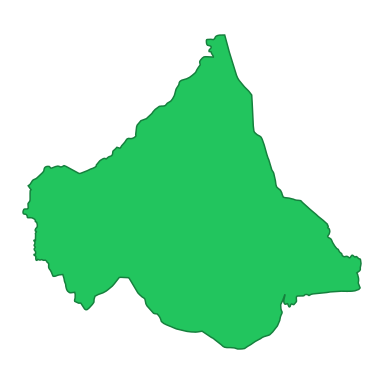 the district of Da Huoai, Lâm Đồng, Vietnam
{"feature_id": "81297802B42288402015377", "entity_name": "Da Huoai", "entity_type": "district", "adm_level": 2, "iso_a3": "VNM", "parent_name": "Vietnam", "parent_adm1": "Lâm Đồng", "projection": "natural_earth1", "projection_center": [107.624, 11.452], "detail": "fine", "context": "isolated", "style": "filled", "palette": "green", "viewbox_px": 384, "rotation_deg": 0, "n_neighbors": 0, "source": "geoboundaries", "source_scale": "gbopen_adm2", "svg_char_len": 5877}
<svg xmlns="http://www.w3.org/2000/svg" viewBox="0 0 384 384"><path d="M302.4,202.4L300.8,200.7L299.1,200.4L296.6,200.2L295.2,199.9L293.4,199.2L289.0,198.1L285.4,197.7L283.7,197.3L283.3,197.1L282.4,195.0L281.6,192.5L280.4,190.2L277.7,188.0L276.9,187.2L276.5,186.6L275.9,184.5L275.4,180.7L273.8,173.5L273.4,172.4L271.8,169.9L268.8,159.8L267.9,157.7L266.8,154.3L264.2,145.0L262.2,139.3L261.1,137.2L259.9,136.2L257.1,134.7L255.0,132.8L254.4,132.1L253.9,131.1L253.3,126.0L252.2,103.3L251.7,95.0L248.8,91.2L244.4,86.8L239.2,80.5L237.8,78.3L236.6,75.6L229.4,52.4L224.7,35.0L219.8,35.1L218.0,35.4L216.9,35.8L215.9,36.4L215.1,37.4L214.8,38.4L213.6,39.5L213.1,39.6L210.9,39.3L207.2,39.5L206.7,39.7L206.4,40.4L206.4,42.1L206.6,43.6L206.8,44.2L207.1,44.7L207.5,45.2L209.8,45.8L210.7,46.2L211.1,46.7L211.2,47.3L211.1,47.8L209.1,50.1L209.0,51.2L209.2,51.6L210.5,51.7L211.1,52.0L211.6,53.5L213.3,56.2L213.3,57.1L212.0,57.0L205.8,56.7L204.0,56.9L202.4,58.0L200.7,59.9L199.8,61.3L199.7,62.3L200.2,64.6L200.0,65.2L198.5,67.2L196.7,70.1L195.9,71.9L195.0,73.0L192.2,75.4L189.5,77.4L186.6,78.8L181.8,80.2L180.6,80.9L179.9,81.5L179.5,82.1L179.2,82.8L179.0,84.0L178.7,85.0L176.8,87.9L176.1,89.1L175.7,90.4L174.9,93.6L174.3,95.6L172.7,98.6L171.4,100.4L170.5,101.3L167.3,103.2L165.8,105.0L165.1,105.6L164.2,105.9L162.8,106.1L161.5,106.1L159.3,106.4L155.2,109.4L153.2,111.6L151.9,113.5L146.3,118.7L140.9,120.7L137.2,125.1L136.6,126.8L135.7,134.5L135.9,135.5L135.7,136.3L135.4,136.6L133.8,137.8L132.0,138.5L130.5,138.6L128.6,138.4L127.6,138.7L126.7,139.3L124.7,142.3L121.7,145.7L120.5,147.7L119.8,148.2L116.9,147.3L115.5,148.8L113.3,150.8L113.0,151.1L112.8,152.0L112.5,154.3L111.7,155.6L110.6,156.2L109.0,156.7L107.8,157.5L106.4,158.8L106.0,158.9L104.9,158.4L104.2,158.4L103.2,158.7L100.9,160.0L99.6,161.0L98.4,162.5L96.4,164.9L96.1,166.4L95.2,167.1L93.1,168.2L90.5,169.1L87.5,170.6L80.7,173.3L79.1,173.5L66.2,166.5L64.3,165.7L63.9,165.7L62.3,166.6L61.4,166.9L60.2,166.9L59.3,166.4L57.9,166.1L56.8,166.3L55.5,166.6L51.6,168.1L50.6,168.0L49.7,166.9L49.1,166.4L47.3,166.4L46.4,166.6L45.5,167.0L44.9,167.5L44.4,168.2L44.1,169.3L43.9,170.6L43.6,171.3L42.6,172.6L37.1,177.8L35.9,178.7L33.6,179.7L32.6,180.4L30.1,184.3L28.2,185.8L31.1,189.8L30.5,190.3L30.2,190.8L30.1,193.4L30.1,199.4L30.0,200.4L29.7,201.3L28.1,203.4L28.0,204.1L28.2,207.3L28.2,207.9L28.0,208.3L27.5,208.8L26.9,209.0L24.8,209.0L24.0,209.3L23.7,209.7L23.1,211.2L23.0,212.4L23.2,213.3L23.4,213.7L24.2,214.1L25.6,214.2L26.3,214.6L27.0,215.5L27.2,216.1L27.3,217.2L27.8,217.7L30.6,217.7L32.2,217.9L34.6,219.2L35.3,220.2L35.3,221.3L35.5,221.7L36.5,222.1L36.9,223.1L37.3,224.8L37.3,226.5L36.7,227.6L35.8,228.5L35.4,229.4L35.2,230.0L35.3,230.9L35.6,231.2L36.2,231.3L36.4,231.6L36.4,232.0L35.4,233.3L35.4,233.9L35.6,234.6L35.4,240.6L35.1,240.6L34.4,240.1L34.1,240.2L33.9,240.7L34.8,241.9L35.0,242.8L34.7,244.3L34.1,245.1L34.2,245.5L34.4,246.0L35.0,246.5L35.2,247.1L35.1,247.5L34.2,248.8L34.2,249.3L34.4,250.0L35.5,251.5L35.6,251.9L35.6,253.5L35.5,254.0L35.3,254.2L34.2,254.3L34.0,254.6L34.3,255.4L35.1,255.7L35.8,256.3L35.8,258.7L36.0,259.9L36.5,260.3L37.0,260.3L37.6,259.4L37.8,259.3L38.6,259.7L39.6,260.0L40.3,260.0L41.6,259.6L42.2,259.7L42.6,260.0L43.5,260.3L45.4,260.2L46.7,261.2L47.0,262.1L48.5,263.4L48.7,264.5L48.6,266.2L48.7,267.7L49.5,269.2L50.2,270.0L51.3,272.0L52.9,276.0L53.5,276.3L54.5,276.3L55.6,276.1L57.6,275.3L59.1,274.9L62.8,274.5L64.0,278.4L64.5,281.3L65.6,284.2L65.9,286.7L66.3,288.3L66.7,289.6L67.6,291.1L69.3,292.5L69.9,292.7L70.7,292.8L74.7,292.3L75.2,294.4L75.1,298.0L74.6,300.0L74.6,300.6L74.8,301.4L78.5,303.1L80.8,303.1L84.6,309.0L85.8,309.7L86.5,309.7L87.3,309.5L89.3,307.8L92.3,304.5L93.8,302.4L94.0,301.2L94.0,299.8L94.3,298.5L95.0,296.2L98.2,294.5L103.0,292.8L106.1,291.1L108.2,289.5L112.3,286.1L114.4,283.7L119.2,277.5L120.7,277.3L128.5,277.7L129.4,278.6L137.9,292.9L139.6,294.7L142.2,297.0L143.6,297.8L144.6,298.7L145.0,299.4L145.9,303.8L147.0,305.9L153.5,313.2L154.5,313.6L157.3,314.0L159.4,316.6L160.4,318.5L161.4,321.5L163.7,323.4L166.3,324.7L176.4,328.9L186.9,331.4L191.2,331.9L195.7,332.1L197.7,331.9L202.1,331.2L211.5,337.5L212.8,338.1L221.1,344.6L223.1,346.4L224.6,347.2L227.0,347.6L230.3,347.6L234.3,347.9L237.7,349.0L239.5,349.0L242.0,348.9L244.6,348.5L247.6,346.4L250.7,344.6L255.2,341.5L260.9,338.4L261.8,337.7L263.8,336.7L268.8,335.2L269.9,334.6L272.7,331.9L277.4,325.9L279.7,320.5L280.4,317.0L280.9,315.5L281.9,313.4L282.1,312.1L281.9,311.5L281.3,310.3L280.9,308.5L280.7,305.2L280.8,304.4L282.9,300.0L284.7,294.9L285.0,295.0L283.8,300.1L283.8,301.6L284.0,302.7L284.3,303.4L284.9,304.1L285.3,304.2L286.1,304.1L286.9,303.7L287.3,303.6L287.7,303.9L288.7,306.2L289.0,306.7L289.5,306.9L290.1,306.5L290.7,304.7L291.4,304.0L291.7,304.0L293.3,304.6L293.8,304.6L294.5,303.9L296.2,301.9L296.4,301.5L296.5,301.0L296.3,298.0L296.4,297.3L296.5,296.8L296.9,296.3L297.7,296.0L303.0,295.9L303.9,295.7L304.9,294.7L306.4,294.4L307.7,294.7L309.0,295.5L311.2,294.3L313.0,293.9L326.9,292.5L330.3,291.9L341.4,291.2L347.2,291.3L351.8,291.2L354.9,290.8L358.8,289.4L360.1,287.9L358.3,283.2L358.3,282.6L358.6,280.6L358.6,278.8L358.4,277.6L357.5,274.1L356.8,272.9L359.0,271.3L359.7,270.7L360.3,269.7L360.3,267.5L360.8,265.0L361.0,263.5L360.6,260.4L360.4,259.4L360.2,259.1L358.7,258.6L356.6,256.6L355.9,256.6L355.1,257.0L354.5,256.8L352.7,255.3L351.9,255.3L351.2,256.0L350.4,257.3L349.7,257.8L349.0,257.6L347.7,256.6L347.2,256.4L346.2,256.3L344.8,256.7L344.0,256.7L342.5,255.8L342.2,255.3L341.8,254.1L341.6,253.6L340.5,252.7L340.0,252.4L339.3,251.5L338.2,249.4L336.7,248.5L334.8,246.1L332.6,242.5L331.6,240.1L330.9,239.0L329.8,238.2L328.9,237.8L327.8,236.9L327.7,236.1L329.1,234.1L329.6,232.5L329.8,231.3L329.6,230.1L329.3,229.1L328.7,228.3L328.1,228.0L327.8,227.7L328.2,226.5L328.2,226.1L327.4,225.1L327.5,224.3L323.1,220.3L318.2,216.4L316.2,214.5L309.8,209.1L302.4,202.4Z" fill="#22c55e" stroke="#15803d" stroke-width="1.5"/></svg>